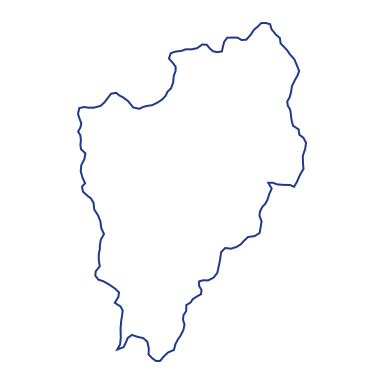 Santa Margarida, Minas Gerais, Brazil
{"feature_id": "56859067B76164220715303", "entity_name": "Santa Margarida", "entity_type": "district", "adm_level": 2, "iso_a3": "BRA", "parent_name": "Brazil", "parent_adm1": "Minas Gerais", "projection": "orthographic", "projection_center": [-42.268, -20.439], "detail": "fine", "context": "isolated", "style": "outline", "palette": "blue", "viewbox_px": 384, "rotation_deg": 0, "n_neighbors": 0, "source": "geoboundaries", "source_scale": "gbopen_adm2", "svg_char_len": 2390}
<svg xmlns="http://www.w3.org/2000/svg" viewBox="0 0 384 384"><path d="M173.9,350.0L175.4,344.2L177.9,339.4L180.3,336.0L183.3,330.3L184.5,324.6L183.0,319.7L183.5,315.2L186.2,311.1L186.3,305.1L190.5,302.6L192.9,299.0L196.7,296.6L201.0,294.2L201.5,289.9L199.1,286.0L199.1,281.4L203.0,280.3L208.1,280.4L213.5,277.7L217.3,272.9L218.8,266.0L219.9,260.6L221.2,252.1L225.2,248.0L231.0,248.7L236.4,247.0L240.7,244.4L244.1,240.7L248.0,237.0L254.6,236.1L259.6,233.0L260.8,226.1L261.6,221.3L259.5,216.0L259.9,211.6L262.2,207.1L265.2,203.9L267.4,200.0L269.2,194.1L271.7,188.6L268.3,182.8L272.6,182.7L277.3,184.4L283.8,184.9L290.0,185.0L294.0,186.8L297.0,181.8L298.6,177.9L300.6,173.7L303.5,168.9L303.0,163.9L302.8,155.9L305.3,148.4L306.0,142.7L303.4,137.8L299.3,134.7L298.6,129.4L293.0,125.7L291.5,119.8L290.8,113.5L290.0,109.3L287.8,105.8L287.2,101.5L289.6,97.3L291.0,92.3L291.9,86.2L294.9,80.0L297.3,75.9L299.2,71.1L296.7,64.9L294.3,59.2L289.8,54.2L287.2,50.3L283.8,46.7L280.6,43.4L279.9,38.1L275.7,34.4L271.6,29.3L270.1,24.2L265.8,23.0L261.1,23.1L257.9,26.5L254.0,29.7L250.5,35.0L246.3,39.7L241.6,40.0L237.5,37.6L232.4,37.6L227.2,37.7L224.2,41.8L222.9,46.8L221.9,51.4L217.4,52.1L213.3,51.4L210.0,48.7L206.8,44.8L202.3,44.5L197.0,48.2L191.6,49.3L185.6,49.3L181.4,50.9L175.3,51.6L170.8,53.2L168.9,58.5L172.9,63.0L175.6,66.7L175.6,71.0L173.8,75.6L173.2,82.3L171.1,88.2L167.6,91.6L165.7,95.7L162.5,99.2L158.2,102.2L152.2,105.2L147.2,105.9L143.2,106.9L139.3,108.8L133.1,107.4L128.0,101.0L123.0,97.3L119.4,95.5L116.2,92.8L111.1,93.7L107.4,98.5L104.6,102.2L100.7,105.8L93.9,107.7L88.3,107.7L84.1,107.0L79.3,108.1L78.0,113.8L79.5,118.6L81.3,123.3L80.4,127.5L78.1,131.6L80.4,135.4L80.9,140.5L80.4,145.2L81.1,149.3L85.4,153.4L84.4,159.1L81.3,165.2L80.7,171.3L82.5,177.6L85.1,183.3L82.0,186.6L83.0,191.7L87.5,195.8L91.1,198.6L93.5,202.8L94.3,209.6L98.0,215.3L100.4,221.3L101.3,228.3L104.0,234.0L100.8,239.8L99.9,245.0L99.8,249.4L98.8,253.7L98.8,260.3L99.8,266.3L95.7,271.3L95.3,275.6L98.3,279.6L103.4,281.3L109.1,284.5L115.0,288.6L119.0,292.4L118.4,296.9L114.8,302.8L120.6,306.5L122.7,310.5L122.2,314.7L121.2,320.9L120.6,328.0L120.6,332.4L120.8,337.4L120.1,344.4L117.3,349.5L123.5,347.2L126.1,342.0L127.6,338.1L131.9,334.9L137.7,336.9L143.2,338.1L147.3,341.7L148.8,348.3L148.6,354.5L152.4,358.4L156.1,361.0L160.2,360.9L163.6,356.6L168.1,352.4L173.9,350.0Z" fill="none" stroke="#1e3a8a" stroke-width="2"/></svg>